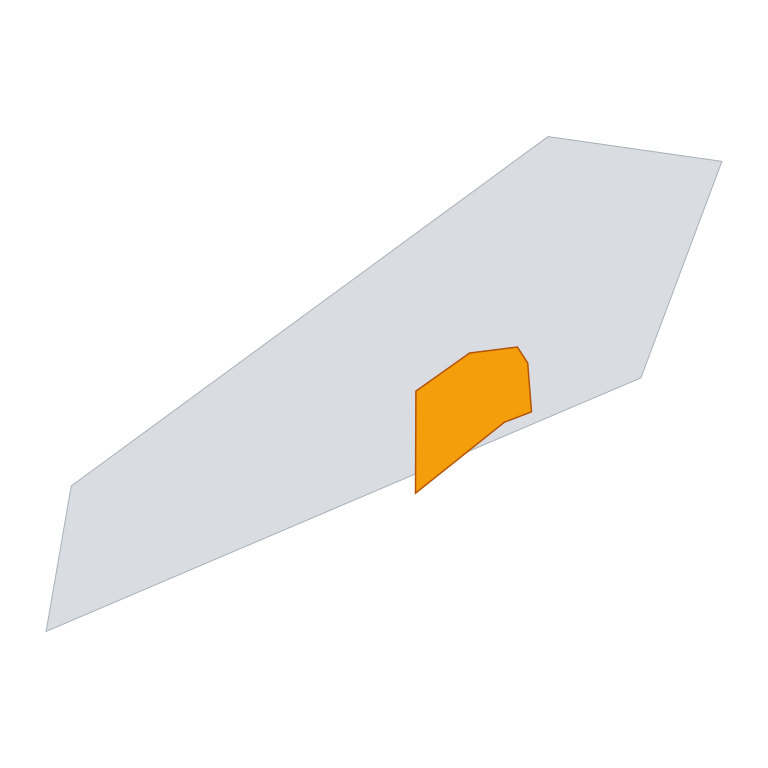 Anguilla, with The Farrington highlighted
{"feature_id": "AIA-5124", "entity_name": "The Farrington", "entity_type": "District", "adm_level": 1, "iso_a3": "AIA", "parent_name": "Anguilla", "parent_adm1": "", "projection": "equal_earth", "projection_center": [-63.044, 18.213], "detail": "fine", "context": "in_parent", "style": "filled", "palette": "amber", "viewbox_px": 768, "rotation_deg": 0, "n_neighbors": 0, "source": "natural_earth", "source_scale": "10m", "svg_char_len": 372}
<svg xmlns="http://www.w3.org/2000/svg" viewBox="0 0 768 768"><path d="M640.9,377.8L46.1,631.4L71.2,486.0L548.0,136.6L721.9,161.4L640.9,377.8Z" fill="#d9dde1" stroke="#a8b0b8" stroke-width="1"/><path d="M531.5,411.8L504.4,422.2L415.5,493.2L415.8,424.6L415.9,391.1L469.6,353.0L517.3,347.0L527.7,363.0L531.5,411.8Z" fill="#f59e0b" stroke="#b45309" stroke-width="1.5"/></svg>